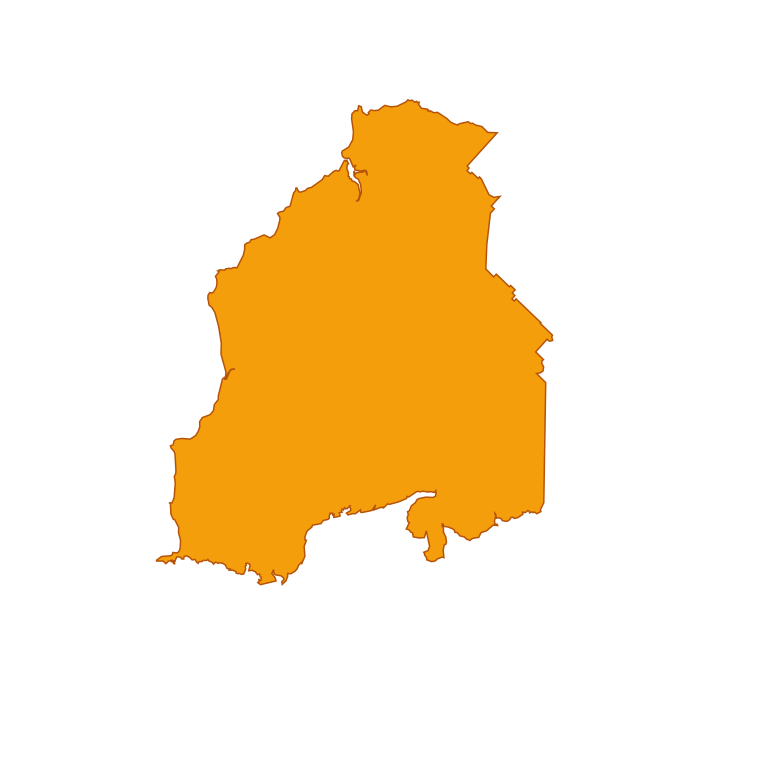 George Town, Tasmania, Australia (Robinson projection), rotated 303°
{"feature_id": "25037944B54594589896924", "entity_name": "George Town", "entity_type": "district", "adm_level": 2, "iso_a3": "AUS", "parent_name": "Australia", "parent_adm1": "Tasmania", "projection": "robinson", "projection_center": [146.946, -41.12], "detail": "fine", "context": "isolated", "style": "filled", "palette": "amber", "viewbox_px": 768, "rotation_deg": 303, "n_neighbors": 0, "source": "geoboundaries", "source_scale": "gbopen_adm2", "svg_char_len": 6171}
<svg xmlns="http://www.w3.org/2000/svg" viewBox="0 0 768 768"><g transform="rotate(303 384 384)"><path d="M606.7,223.7L603.1,223.0L602.5,224.3L600.1,223.3L600.3,218.0L604.2,213.8L603.5,211.2L598.9,213.1L597.4,210.8L593.1,210.0L588.9,212.3L578.9,221.0L571.9,224.7L563.4,225.4L556.9,222.2L554.9,222.5L552.6,224.9L551.9,226.9L552.9,230.2L554.3,231.4L554.0,232.9L549.3,239.9L550.1,240.5L550.4,239.6L550.6,240.7L552.5,241.4L549.5,241.1L547.7,243.2L549.8,248.2L553.1,251.8L553.1,253.1L551.1,255.5L549.8,256.5L552.7,252.3L550.0,250.6L546.3,245.9L543.8,245.6L546.1,243.5L545.7,243.1L542.2,245.5L541.5,248.0L541.8,250.9L538.5,255.8L532.4,260.7L524.3,262.7L522.0,261.2L525.3,262.1L531.1,259.8L537.1,253.7L537.7,248.9L536.8,246.8L538.2,245.0L537.4,243.5L538.8,242.2L538.6,241.0L541.6,239.3L544.5,235.5L548.1,233.6L549.4,234.3L551.3,231.2L550.2,230.9L550.8,230.4L550.0,229.0L538.5,230.1L537.5,229.5L537.2,227.6L534.5,225.8L527.9,224.1L526.4,220.7L521.8,220.9L509.5,216.1L506.4,213.3L503.6,212.8L499.4,209.5L498.8,207.6L500.9,204.2L500.4,203.4L497.7,204.5L495.1,204.1L481.9,208.4L478.7,205.8L474.1,205.5L471.1,202.6L469.0,201.8L466.9,206.1L464.5,207.4L456.8,210.1L449.5,210.9L444.5,208.8L443.7,202.2L434.5,196.1L432.9,194.0L429.6,194.0L427.2,192.0L424.9,191.4L421.1,193.8L415.3,195.9L401.4,197.4L399.8,194.4L397.2,192.7L397.0,191.5L394.3,188.5L392.8,188.5L390.4,184.1L388.3,182.9L388.4,184.6L382.5,184.0L381.1,186.3L378.0,188.8L374.1,190.6L368.7,191.0L366.6,190.2L365.7,188.0L362.6,188.1L360.0,189.5L354.8,194.5L354.7,197.3L351.9,203.2L342.4,213.8L329.7,225.3L320.2,231.1L308.0,244.9L301.9,248.2L302.7,248.8L308.0,247.3L312.4,247.5L313.6,248.3L315.5,250.9L312.9,248.1L310.8,247.7L302.2,249.2L301.3,247.8L303.0,246.8L300.3,245.8L283.6,251.6L280.7,253.5L274.5,252.9L268.5,255.5L263.4,254.8L256.9,249.9L252.0,249.9L247.6,252.9L243.2,254.0L238.2,254.1L232.2,251.5L228.3,244.2L224.3,239.7L222.1,238.9L218.0,240.3L215.9,238.5L214.2,240.5L213.3,244.3L211.4,246.9L198.0,256.7L195.2,258.2L192.4,258.4L187.4,262.8L174.4,269.9L168.7,271.0L167.3,268.3L167.5,269.6L166.4,270.7L158.9,276.1L155.9,280.6L156.0,282.9L151.9,289.9L147.5,292.6L142.1,298.5L136.0,302.1L132.8,303.2L129.9,302.8L127.6,298.6L125.8,299.4L123.9,298.8L118.2,291.4L112.3,289.2L111.7,289.8L115.2,295.1L114.5,298.9L118.1,299.8L120.0,301.4L119.1,302.2L119.9,303.5L119.0,305.2L119.0,306.9L120.4,303.4L119.9,302.4L120.7,302.1L121.3,304.3L120.7,305.4L126.1,304.3L127.3,306.1L127.9,308.4L127.0,309.3L128.1,311.4L130.3,310.3L132.3,311.8L132.7,315.3L132.0,318.9L134.0,321.1L132.5,323.9L132.4,325.8L134.2,325.6L136.0,328.0L137.4,328.2L139.5,331.4L141.0,331.8L140.2,333.4L140.9,337.5L140.0,339.0L142.9,339.8L143.4,342.8L144.4,343.1L145.8,346.5L145.8,349.5L143.8,352.9L145.0,355.7L143.6,355.6L145.5,358.6L146.1,362.1L145.0,362.8L145.0,364.0L146.4,366.2L146.6,368.0L148.3,369.8L153.3,368.9L155.5,366.9L157.1,367.3L158.3,365.9L159.4,367.1L159.7,369.7L159.0,370.4L153.7,372.3L155.9,374.8L156.5,378.4L155.2,381.8L156.8,383.2L154.9,385.1L155.1,386.2L152.4,387.7L151.4,387.1L152.3,385.0L150.6,386.8L148.7,386.3L148.5,389.7L160.0,400.7L162.1,398.5L164.1,392.9L167.0,393.1L167.6,391.8L167.4,393.3L166.3,393.5L164.9,395.6L164.9,397.2L167.1,402.0L166.6,405.5L165.3,406.5L162.7,405.9L160.5,407.8L165.5,409.0L170.2,408.0L172.6,406.4L174.2,409.3L178.5,411.3L181.6,411.8L185.7,411.1L190.3,412.2L187.8,413.0L196.4,411.5L204.3,405.5L210.7,404.0L210.1,402.6L213.1,400.8L218.9,399.6L224.6,401.4L226.6,400.9L232.5,407.1L236.4,407.4L240.1,410.9L241.8,411.2L244.0,409.6L246.1,409.9L246.0,408.7L247.6,411.1L246.2,412.3L247.6,413.0L244.8,414.5L248.9,418.9L249.9,418.8L251.7,416.5L253.7,418.7L254.5,417.3L256.4,416.9L256.2,418.6L258.7,418.3L258.4,419.8L259.6,421.1L264.1,421.8L262.1,422.2L261.5,423.8L259.8,425.0L255.3,422.8L254.6,425.1L258.4,428.5L259.5,430.6L265.6,432.8L263.8,434.3L264.2,435.5L271.3,442.7L278.1,442.8L273.0,444.2L279.1,448.7L279.2,449.9L280.5,450.6L280.1,451.2L285.3,452.2L285.9,454.0L293.0,460.4L300.3,465.3L302.9,464.3L302.0,464.9L302.8,466.3L312.1,470.3L313.2,473.0L315.5,475.3L317.5,480.1L318.8,481.1L320.6,485.5L322.8,485.5L320.8,487.2L317.9,488.2L315.6,487.0L311.9,480.7L307.1,475.8L305.2,474.7L301.5,474.9L296.6,473.3L291.5,474.3L289.7,473.3L287.5,475.6L284.6,476.1L281.6,479.0L281.6,480.6L274.5,481.7L275.3,484.3L274.3,487.1L274.8,488.9L271.7,491.8L274.0,497.3L277.1,501.5L283.9,499.5L272.7,510.6L268.3,511.7L264.5,509.0L263.9,510.5L262.7,511.1L261.6,514.2L259.8,515.7L261.0,520.8L263.5,523.3L266.5,524.1L270.5,527.0L271.0,528.8L276.8,524.2L281.9,522.1L283.2,523.1L285.3,522.6L289.3,519.2L292.1,514.6L295.5,512.3L296.7,509.9L298.3,509.0L298.8,509.9L297.1,511.6L298.9,515.4L299.9,520.2L299.7,522.7L298.2,524.2L299.3,526.2L298.0,530.5L299.5,534.6L298.9,537.5L299.5,541.2L302.7,542.3L307.0,547.0L312.2,546.3L316.8,550.0L325.1,552.4L327.2,556.4L328.0,555.2L326.7,553.3L330.0,550.9L333.6,549.9L334.4,549.0L335.3,548.7L335.3,548.0L335.9,547.5L335.5,548.7L332.7,551.4L334.5,553.4L334.8,555.9L333.9,557.6L335.0,560.5L336.2,562.2L338.7,563.3L341.0,563.1L342.3,564.3L342.3,566.6L344.6,568.9L350.4,571.4L351.9,570.0L353.2,572.6L356.1,573.5L356.4,574.8L355.2,576.3L357.0,577.2L357.4,579.1L358.6,580.0L358.4,582.8L362.5,585.1L363.8,583.6L371.4,582.7L473.2,518.9L475.9,506.2L478.4,508.9L481.3,510.3L485.3,508.6L487.5,504.7L489.6,503.9L491.3,504.5L493.5,493.7L510.5,496.4L509.9,497.9L510.2,499.7L512.4,501.7L514.9,499.0L516.7,498.7L519.9,482.2L520.8,482.4L527.3,448.4L524.5,448.0L525.1,444.9L529.4,445.6L530.2,442.0L534.4,442.7L535.6,436.6L533.8,436.3L537.3,418.4L533.5,417.6L536.0,406.7L556.9,394.3L585.3,380.2L591.0,381.2L591.7,377.0L604.5,379.1L600.4,374.5L599.9,369.0L609.2,353.6L609.6,351.3L607.7,351.0L609.3,342.4L607.4,342.1L608.1,337.5L611.5,337.7L612.0,335.0L656.3,342.1L651.5,334.0L653.2,325.8L651.0,319.7L650.9,316.1L649.6,315.0L649.9,311.9L643.2,305.3L641.3,304.7L640.4,301.2L639.9,297.3L640.9,291.8L641.0,281.1L638.6,277.9L638.3,273.8L637.3,273.7L637.1,271.6L638.1,271.5L638.0,270.3L635.6,265.2L637.4,260.6L639.5,260.1L638.2,258.7L638.9,257.5L637.0,256.2L637.4,253.0L635.6,251.4L635.4,249.3L632.6,248.8L624.1,243.7L620.2,238.9L618.0,232.8L610.6,230.2L607.8,226.7L606.7,223.7Z" fill="#f59e0b" stroke="#b45309" stroke-width="1.5"/></g></svg>